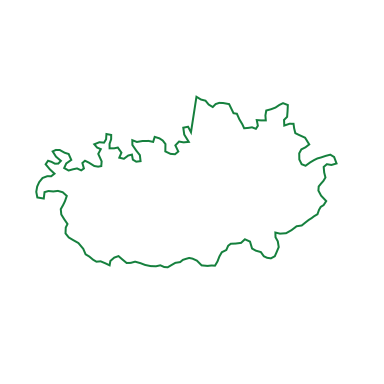 the district of Erval Velho, Santa Catarina, Brazil, rotated 157°
{"feature_id": "56859067B44756131485469", "entity_name": "Erval Velho", "entity_type": "district", "adm_level": 2, "iso_a3": "BRA", "parent_name": "Brazil", "parent_adm1": "Santa Catarina", "projection": "equal_earth", "projection_center": [-51.416, -27.284], "detail": "fine", "context": "isolated", "style": "outline", "palette": "green", "viewbox_px": 384, "rotation_deg": 157, "n_neighbors": 0, "source": "geoboundaries", "source_scale": "gbopen_adm2", "svg_char_len": 2922}
<svg xmlns="http://www.w3.org/2000/svg" viewBox="0 0 384 384"><g transform="rotate(157 192 192)"><path d="M296.5,156.7L294.1,160.4L289.2,162.0L284.7,161.7L282.6,157.4L279.9,152.2L276.1,150.7L271.6,150.1L267.2,146.6L263.7,143.2L259.1,140.0L254.2,137.7L249.8,136.9L246.9,133.8L243.8,132.2L239.2,132.8L235.0,133.3L230.3,132.1L226.9,133.1L223.6,132.8L220.4,132.4L217.6,130.5L214.3,126.9L211.8,120.7L206.6,117.9L202.7,116.7L199.6,115.2L195.7,118.1L191.9,122.0L188.1,124.9L183.1,125.2L179.7,128.4L176.5,129.2L172.0,127.5L166.7,126.0L161.8,127.8L158.0,123.7L158.8,116.5L156.2,113.1L152.1,109.8L151.0,104.8L148.6,102.1L145.3,100.1L140.9,100.5L138.0,103.2L133.7,107.4L132.3,113.1L132.8,117.7L131.1,122.1L127.3,119.3L121.5,117.3L115.3,118.0L109.1,119.6L104.1,118.3L98.8,119.8L95.4,120.7L92.2,121.2L89.0,122.0L85.2,122.5L82.1,125.9L79.3,128.0L76.0,128.5L72.0,131.2L74.6,138.2L75.1,143.9L73.2,147.6L69.8,149.4L66.8,150.8L63.5,153.2L62.7,158.3L61.0,163.6L57.0,164.9L53.1,162.4L47.8,161.8L47.5,168.7L50.1,172.3L54.8,173.0L59.9,173.4L63.4,173.9L67.0,173.7L71.5,173.1L77.2,171.8L80.2,174.7L80.5,180.0L78.2,185.7L74.7,188.5L70.1,188.8L65.5,190.0L66.7,197.8L71.4,202.9L73.9,205.8L73.1,210.7L71.9,215.1L75.5,216.7L81.1,217.1L79.1,222.4L75.1,224.0L72.5,229.0L69.8,234.6L73.5,238.2L77.5,238.0L82.2,237.1L87.0,237.3L91.8,238.0L94.5,233.8L96.1,229.1L100.4,230.9L104.3,232.9L105.5,227.2L108.5,225.2L111.5,228.1L115.1,229.0L119.1,230.3L119.2,234.6L120.0,240.4L120.1,246.5L123.0,248.3L123.5,258.4L128.5,261.7L132.1,263.4L135.9,263.7L139.7,262.1L142.5,266.0L143.9,270.8L147.6,273.6L150.7,277.9L169.6,247.4L170.1,253.6L174.9,254.6L176.7,247.9L175.4,239.4L180.4,241.0L184.2,243.5L189.1,241.4L188.8,234.6L192.9,233.4L196.9,235.5L200.7,239.8L197.7,246.5L198.8,250.8L201.0,254.1L204.8,257.3L208.2,253.3L211.9,255.9L217.7,258.3L223.2,259.6L226.7,263.0L228.5,258.6L227.1,251.8L225.6,246.3L227.3,240.5L231.5,241.7L233.8,244.9L232.7,249.9L236.4,250.5L241.7,249.2L245.5,252.0L241.6,255.8L242.9,261.9L246.5,262.6L250.8,264.4L249.1,268.5L245.8,272.2L244.1,276.1L248.1,278.8L250.5,274.1L253.7,271.8L257.8,274.0L263.3,274.1L262.0,270.0L259.2,267.1L263.4,263.7L263.2,255.5L265.4,251.3L268.5,252.0L271.8,254.1L275.5,259.4L278.3,262.6L281.6,261.5L282.3,255.9L285.5,255.2L288.6,258.6L292.6,259.4L297.2,260.0L300.3,264.0L296.6,267.4L290.6,268.7L290.7,275.2L293.9,277.9L297.3,282.3L300.9,283.9L304.4,283.8L303.4,277.7L300.5,271.9L304.0,270.4L307.1,271.6L309.6,274.7L312.3,277.0L315.9,274.7L314.0,268.4L311.4,262.6L315.5,261.5L319.0,263.1L324.1,263.3L328.8,260.8L332.4,257.5L335.3,253.0L336.5,247.4L331.0,243.9L327.8,249.5L323.8,249.0L319.5,246.7L315.0,245.4L311.1,242.3L308.8,237.3L312.5,233.2L315.7,230.4L319.5,227.5L321.1,222.4L320.3,217.1L319.1,211.2L322.1,208.6L324.6,203.3L323.2,198.3L320.2,194.2L316.5,189.4L314.3,182.2L314.3,176.2L311.8,172.8L309.5,168.3L307.2,165.2L303.2,163.9L299.6,160.2L296.5,156.7Z" fill="none" stroke="#15803d" stroke-width="2"/></g></svg>